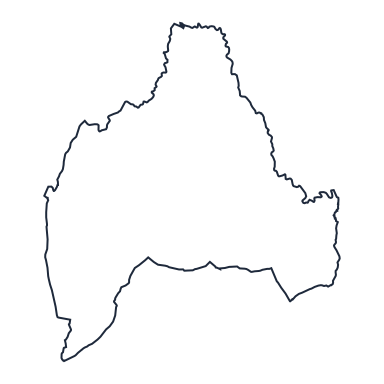 Tibasosa, Boyacá, Colombia (Natural Earth projection)
{"feature_id": "7082276B75151573988065", "entity_name": "Tibasosa", "entity_type": "district", "adm_level": 2, "iso_a3": "COL", "parent_name": "Colombia", "parent_adm1": "Boyacá", "projection": "natural_earth1", "projection_center": [-72.995, 5.748], "detail": "fine", "context": "isolated", "style": "outline", "palette": "slate", "viewbox_px": 384, "rotation_deg": 0, "n_neighbors": 0, "source": "geoboundaries", "source_scale": "gbopen_adm2", "svg_char_len": 5897}
<svg xmlns="http://www.w3.org/2000/svg" viewBox="0 0 384 384"><path d="M84.8,120.8L80.9,124.5L79.5,126.4L76.2,136.8L72.8,139.7L70.7,143.0L70.0,147.5L67.8,151.4L66.0,152.9L65.2,154.3L63.8,161.6L63.6,164.9L62.9,169.1L62.0,171.1L59.9,173.8L59.0,176.4L57.3,179.6L57.9,181.9L58.0,185.0L57.5,185.0L56.9,186.9L55.0,190.2L54.0,191.0L53.8,191.0L53.3,190.2L52.7,187.8L51.4,186.6L48.3,186.7L44.3,195.8L46.6,197.6L47.7,197.8L47.8,198.2L47.5,198.7L48.2,200.2L46.8,203.4L46.2,212.1L46.2,217.4L47.0,224.1L47.0,225.4L46.5,226.7L47.6,239.4L47.3,246.7L47.2,249.0L45.3,254.5L45.2,257.3L46.0,260.1L47.5,267.8L48.2,276.2L48.8,279.2L50.1,284.7L51.9,290.2L55.6,306.7L56.9,315.3L57.6,317.2L58.7,317.6L70.2,319.7L69.6,323.6L68.9,324.2L68.9,324.6L71.0,329.5L70.9,330.5L68.8,333.2L67.6,336.9L65.9,339.6L64.9,340.2L65.7,343.6L66.1,347.1L64.0,347.8L63.7,348.2L63.0,352.2L61.8,353.4L61.6,354.4L61.5,358.0L62.2,359.5L63.3,360.7L63.9,360.5L64.2,361.0L74.5,356.0L75.7,355.2L78.0,352.8L83.5,348.3L85.0,347.4L87.2,346.5L88.6,345.3L92.1,343.8L97.6,339.5L100.4,336.8L106.1,329.4L109.7,326.3L113.1,321.6L115.2,315.5L116.1,307.1L116.8,305.8L116.6,305.1L114.0,301.8L114.2,300.9L115.1,299.7L115.2,298.3L115.7,297.3L118.2,293.2L120.0,291.3L120.7,288.6L121.4,287.2L125.6,285.5L128.7,283.2L129.1,282.3L129.1,279.9L130.4,275.9L134.8,268.0L139.0,265.2L145.2,260.2L148.2,257.4L153.8,262.0L158.0,264.7L165.2,265.7L167.5,266.3L169.0,267.2L179.1,269.5L183.1,269.4L184.3,270.7L192.8,270.3L195.1,269.1L196.6,268.9L205.7,266.1L209.9,261.9L215.4,266.6L215.7,267.5L217.2,267.8L220.2,269.2L220.1,268.4L224.9,268.0L229.2,266.9L237.1,266.5L239.7,268.4L244.7,268.7L246.4,269.0L248.1,269.9L250.9,271.8L251.7,271.9L254.7,271.3L258.7,271.0L260.3,270.7L262.4,269.8L267.0,268.9L269.3,268.9L271.3,268.2L276.8,281.3L278.0,282.6L281.2,287.7L285.5,293.5L289.7,300.8L289.9,300.6L290.5,301.1L292.3,299.2L292.7,299.5L295.5,296.3L298.9,293.9L302.1,292.7L309.8,289.1L311.5,288.6L314.7,286.9L318.4,285.6L320.7,285.2L322.0,285.3L324.0,286.0L326.4,285.5L328.1,286.6L331.2,284.9L331.4,285.1L332.7,284.1L333.1,282.7L333.0,280.8L335.7,275.9L335.9,274.7L335.6,272.2L335.7,270.8L336.8,269.6L337.7,267.6L338.1,264.8L337.5,262.4L339.3,259.6L339.7,258.3L339.4,256.3L336.5,250.3L334.5,247.1L334.0,245.7L334.3,244.8L335.7,243.2L336.0,242.1L335.6,239.8L336.1,238.9L336.4,235.2L336.8,233.2L336.1,228.3L336.6,225.4L337.8,222.1L336.0,221.0L335.9,219.5L335.0,218.8L335.6,218.2L335.5,217.9L334.5,217.2L334.6,216.2L334.1,216.1L333.6,215.3L334.4,214.4L334.9,212.5L335.7,212.2L336.3,210.9L337.3,210.9L337.3,210.2L337.0,209.7L337.9,209.0L338.2,208.5L338.0,207.0L338.3,204.5L337.9,204.3L338.1,202.9L338.3,202.9L338.5,199.3L338.3,197.7L337.0,197.2L336.7,196.8L333.7,190.1L331.9,190.3L331.2,190.5L331.1,191.1L331.9,193.1L332.4,196.0L332.1,197.3L331.5,197.7L330.5,197.9L329.0,197.3L326.9,194.0L325.8,192.8L323.7,192.1L320.8,192.2L319.8,192.5L319.5,193.2L321.3,195.4L321.7,196.3L321.5,196.8L320.7,197.3L317.5,197.1L314.6,197.7L314.3,198.5L314.6,200.6L314.1,201.8L313.5,201.9L311.8,200.7L309.6,199.8L308.6,200.9L307.9,202.5L307.6,202.7L306.1,202.5L304.7,203.2L303.4,202.9L302.4,201.4L302.5,200.5L305.3,198.1L306.2,196.3L305.3,193.1L300.2,186.2L299.1,185.7L298.2,186.7L296.8,187.1L293.6,186.1L293.1,185.5L292.6,184.1L291.8,180.0L290.7,178.7L289.9,178.5L286.8,179.4L285.7,178.9L285.4,174.8L284.9,174.3L282.5,175.5L279.6,176.3L278.6,176.2L278.0,175.3L276.8,171.7L275.9,170.8L274.7,170.6L274.2,170.1L274.0,168.9L274.7,166.7L274.8,161.6L273.6,158.4L272.6,156.3L271.5,155.1L271.2,153.9L271.7,152.4L273.2,151.4L273.7,150.6L273.3,148.4L272.3,146.1L272.3,144.2L271.0,141.5L272.0,137.9L271.9,137.0L270.7,135.6L268.9,134.7L267.7,133.0L267.7,132.2L268.4,130.7L268.0,130.7L268.3,129.5L266.8,128.2L266.0,127.1L265.3,123.2L264.0,120.0L263.8,117.2L262.4,114.5L261.0,113.6L261.1,113.2L259.2,112.5L258.4,112.6L256.8,113.4L255.8,113.1L255.2,110.7L252.5,107.3L251.2,105.0L250.3,102.5L246.5,97.8L245.0,96.7L242.0,96.5L241.2,96.3L240.1,95.4L239.7,91.0L238.2,87.5L238.7,85.9L238.5,82.8L236.8,75.4L234.9,74.1L232.0,74.2L231.3,72.8L231.5,67.9L232.7,63.9L232.5,62.1L231.8,60.9L230.4,59.5L227.2,57.6L226.5,56.7L226.4,55.8L226.9,54.7L228.6,53.3L229.1,51.3L229.2,49.3L228.9,47.9L228.2,47.0L226.0,46.5L225.5,45.8L225.9,43.9L227.1,42.7L226.9,41.7L223.4,38.8L223.2,38.0L223.4,37.2L225.0,35.5L225.1,34.9L225.0,34.5L224.6,34.2L222.8,34.2L221.7,33.4L221.3,32.6L220.8,29.3L220.3,28.3L219.8,28.0L219.1,28.4L218.4,29.5L217.7,30.0L216.9,30.1L215.5,29.0L214.3,26.8L213.2,26.4L211.4,26.2L209.5,26.6L208.5,27.8L207.8,28.0L206.6,26.6L205.8,26.3L202.1,27.7L201.3,27.4L199.6,24.6L198.7,23.6L198.3,23.7L198.1,24.4L197.7,27.0L197.2,27.5L196.5,27.5L195.1,26.6L194.6,26.5L192.5,27.9L191.4,27.7L189.5,26.6L185.4,25.6L183.4,24.8L182.0,23.4L180.3,23.0L180.4,24.1L181.0,25.0L184.0,26.3L183.3,28.1L181.6,26.9L174.3,23.8L170.9,28.4L171.3,34.3L169.5,36.3L169.3,36.8L170.2,38.5L170.2,39.4L169.7,41.2L168.2,43.7L167.9,45.2L167.8,46.8L168.2,50.5L168.0,51.1L166.4,52.1L163.9,52.3L163.7,53.0L164.7,53.9L166.0,58.4L167.5,59.8L167.4,62.2L166.8,62.6L164.8,63.2L164.1,64.5L164.4,65.4L165.5,67.2L166.4,71.6L166.2,72.3L165.6,72.6L163.3,72.5L161.9,73.2L161.6,73.8L161.9,75.9L161.0,76.9L158.7,78.1L158.3,78.7L157.9,80.0L155.9,82.9L155.6,84.7L156.6,86.4L156.4,86.9L154.6,88.2L154.7,90.1L153.4,91.2L151.9,91.6L151.7,92.1L151.8,92.7L153.4,94.1L153.7,94.7L153.8,95.4L153.4,96.6L152.7,97.6L151.5,98.9L148.8,100.6L147.7,101.9L146.8,102.4L144.3,101.5L143.6,101.6L143.0,104.0L142.5,104.5L140.6,104.8L138.6,107.5L137.9,107.7L136.2,106.5L134.6,106.3L133.5,104.8L132.8,104.4L130.9,104.2L127.4,101.7L126.1,101.5L125.1,102.0L120.5,110.6L119.2,111.3L117.9,112.5L113.8,113.9L108.9,116.0L108.2,116.8L108.1,117.5L109.7,120.1L109.8,120.8L107.3,124.3L107.0,125.3L106.9,127.5L106.1,129.2L101.7,130.3L100.4,131.2L99.5,131.4L98.9,130.8L98.5,129.9L98.6,125.3L98.0,124.7L97.2,124.3L94.7,124.2L89.5,125.0L88.4,124.6L87.3,123.8L84.8,120.8Z" fill="none" stroke="#1e293b" stroke-width="2"/></svg>